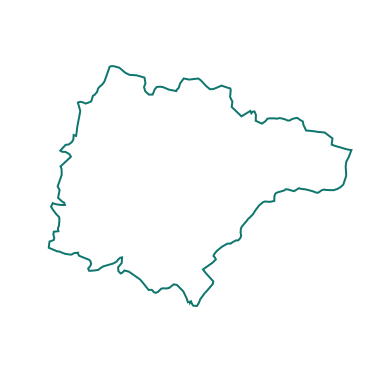 the district of Dyarb Nigm, Ash Sharqiyah, Egypt, rotated 21°
{"feature_id": "37247803B60189516177334", "entity_name": "Dyarb Nigm", "entity_type": "district", "adm_level": 2, "iso_a3": "EGY", "parent_name": "Egypt", "parent_adm1": "Ash Sharqiyah", "projection": "orthographic", "projection_center": [31.456, 30.753], "detail": "fine", "context": "isolated", "style": "outline", "palette": "teal", "viewbox_px": 384, "rotation_deg": 21, "n_neighbors": 0, "source": "geoboundaries", "source_scale": "gbopen_adm2", "svg_char_len": 4299}
<svg xmlns="http://www.w3.org/2000/svg" viewBox="0 0 384 384"><g transform="rotate(21 192 192)"><path d="M325.8,99.0L325.8,95.7L323.8,96.2L321.7,96.6L319.8,96.8L313.1,97.3L312.5,97.4L311.2,97.5L309.5,97.7L309.1,97.7L308.4,97.7L305.4,97.7L303.9,91.6L294.5,88.9L287.6,90.9L285.2,91.3L284.1,91.6L280.9,92.4L277.8,93.3L276.4,93.7L274.9,92.2L272.5,89.9L272.0,89.4L270.1,86.4L268.0,86.1L267.2,86.0L263.7,85.1L261.8,86.2L260.8,86.8L258.9,88.5L258.0,89.7L257.6,90.2L255.7,91.0L254.3,90.9L253.0,90.8L252.1,90.9L250.1,91.1L247.5,91.5L245.6,92.7L245.0,93.1L244.6,93.2L243.4,93.5L240.9,94.3L240.4,94.6L238.5,95.2L237.4,95.8L236.0,96.7L235.8,97.6L235.4,99.2L233.7,101.8L232.8,103.1L226.0,102.7L224.0,97.0L221.9,94.9L221.4,94.4L219.7,95.5L219.2,97.2L218.4,96.4L217.4,95.4L211.1,103.6L198.6,98.4L197.3,93.1L196.5,92.4L196.0,92.0L193.5,89.6L191.7,83.2L190.7,81.6L189.0,81.8L184.6,82.0L181.5,82.1L179.6,83.9L176.5,86.9L174.8,88.4L174.3,88.6L171.9,89.6L167.3,88.0L160.0,84.5L158.7,84.2L157.2,83.8L149.0,88.1L146.4,88.5L143.6,89.0L142.0,94.8L142.3,99.5L141.2,101.9L141.1,102.6L141.2,103.4L133.7,104.7L131.7,104.6L127.1,104.5L124.6,105.1L124.1,105.3L121.5,106.5L120.4,109.6L120.4,111.6L120.4,113.3L120.3,115.2L119.4,115.5L116.9,116.5L114.8,115.7L112.7,114.9L112.3,114.7L109.6,111.3L109.6,109.0L109.6,107.2L108.2,104.8L106.6,102.2L100.1,102.8L98.5,102.9L91.8,105.0L91.1,105.0L88.2,104.7L87.2,104.6L84.1,103.6L81.9,102.8L81.0,102.5L79.5,102.0L76.9,102.3L74.1,102.5L73.3,102.8L72.0,103.2L70.2,104.5L70.3,105.6L70.4,110.2L70.5,112.8L70.5,113.9L70.6,117.5L70.6,120.1L70.6,120.6L70.0,122.7L69.5,124.2L68.9,125.2L68.4,125.9L68.2,126.4L67.2,129.0L67.2,129.4L67.5,131.5L67.5,132.0L67.4,133.0L66.8,134.6L66.3,136.1L65.9,136.7L65.0,137.8L65.1,138.8L65.3,141.4L65.4,143.4L65.4,143.5L64.2,144.8L63.1,145.8L60.9,147.6L58.8,147.4L57.2,147.5L55.8,147.7L54.8,148.2L53.4,149.4L58.6,156.3L58.7,156.7L59.9,163.1L60.3,165.4L61.6,172.5L63.0,178.0L63.7,181.2L62.0,181.2L61.1,181.2L62.4,185.5L62.0,188.2L61.8,188.6L60.6,190.7L60.0,191.7L57.1,193.3L54.2,200.6L56.4,201.0L59.4,199.9L64.0,200.6L66.3,202.4L66.1,202.9L60.4,214.6L60.1,215.2L61.9,217.1L64.2,222.6L64.6,235.0L67.7,237.6L68.4,241.7L69.0,245.4L74.3,247.5L76.3,247.7L78.0,249.6L77.1,250.0L74.2,251.1L73.7,251.2L69.8,252.1L69.0,252.2L66.0,252.3L65.7,256.3L68.1,258.1L72.8,261.1L76.9,263.0L78.2,265.4L79.9,271.4L79.8,273.9L81.3,276.5L77.2,278.6L77.8,281.4L79.8,284.0L80.2,286.3L77.4,288.8L76.7,289.3L78.1,294.8L78.3,295.4L87.9,295.7L89.1,295.1L91.4,295.2L95.5,295.2L100.2,294.2L102.0,293.6L103.8,291.3L106.4,290.0L107.3,289.6L107.3,290.2L109.6,292.0L115.5,292.1L120.7,292.2L122.4,293.5L123.6,295.3L123.5,297.6L122.5,300.7L124.0,302.4L125.8,301.8L128.1,300.7L129.8,299.8L132.3,298.4L134.1,295.5L135.9,293.2L138.9,290.9L144.2,286.9L146.6,284.0L147.2,281.6L148.4,279.3L149.2,278.7L150.2,278.1L151.1,281.2L151.8,283.5L151.0,285.8L150.0,288.8L151.7,292.3L154.6,293.6L155.8,292.4L157.0,289.5L159.5,289.2L161.7,289.0L175.0,292.3L181.4,295.9L186.6,299.0L189.0,297.9L190.1,297.9L191.3,298.5L191.9,299.1L194.2,299.2L194.7,298.7L196.0,297.5L196.6,296.3L197.8,293.4L199.0,292.6L199.6,292.2L203.1,291.1L204.3,290.0L204.9,290.0L208.1,284.7L211.4,284.2L219.5,287.9L225.3,293.4L227.7,296.4L229.3,295.2L229.9,296.4L230.5,294.7L232.2,296.5L233.9,297.7L237.5,296.6L237.6,296.1L238.1,293.1L238.2,288.9L240.1,281.9L241.3,279.0L242.6,275.4L244.4,270.2L244.0,268.4L243.9,267.8L242.1,266.9L234.0,262.8L230.0,260.4L236.6,250.5L238.4,246.4L237.3,245.2L235.0,244.0L235.0,242.2L235.6,240.3L236.3,238.1L239.3,232.8L241.1,230.5L243.5,227.6L245.8,226.5L246.4,226.5L247.6,224.7L250.0,221.8L250.6,221.3L252.4,220.7L253.6,217.8L253.6,216.3L253.6,215.4L251.9,212.4L250.8,208.9L250.9,206.5L252.7,201.2L253.4,199.5L254.0,197.1L255.2,194.8L257.0,190.7L257.7,186.6L259.6,180.1L260.7,178.3L262.0,176.0L263.2,174.9L264.9,174.3L268.5,173.2L270.3,172.0L272.0,170.9L270.4,166.2L270.4,163.8L270.9,162.9L272.2,161.5L274.6,159.8L277.5,157.5L278.7,155.7L281.1,155.2L286.9,154.7L287.8,153.6L290.5,150.1L292.3,150.1L296.4,149.0L299.9,148.5L304.6,148.0L305.4,148.0L307.5,148.1L309.9,147.6L312.8,143.5L314.6,142.3L315.2,142.4L320.5,140.7L323.4,139.6L326.4,137.3L328.2,135.1L328.8,134.4L330.6,130.9L330.2,122.0L329.1,119.0L327.4,115.5L326.3,113.1L325.2,108.3L325.8,103.0L325.8,99.0Z" fill="none" stroke="#0f766e" stroke-width="2"/></g></svg>